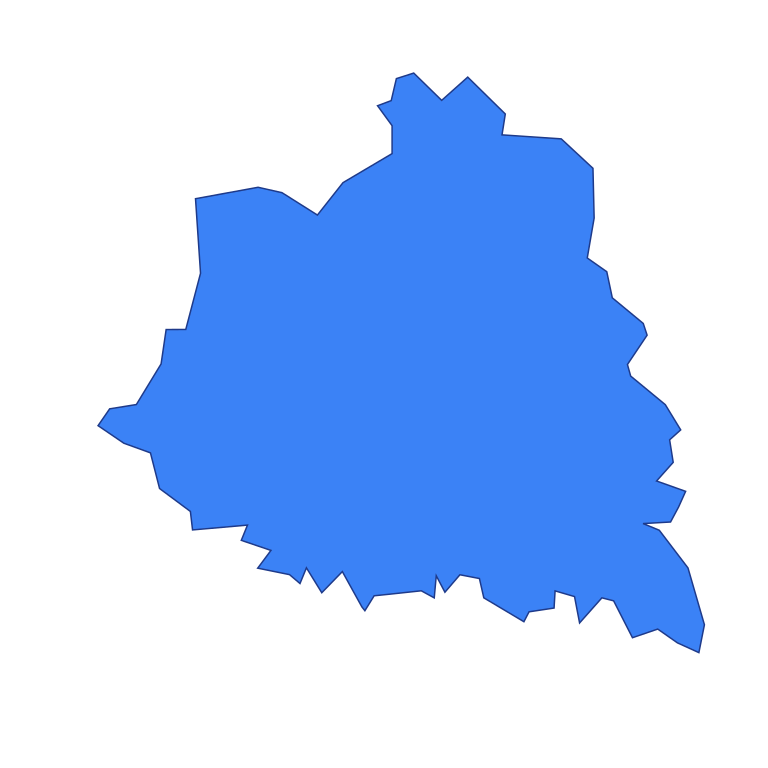 outline of Laurel, Kentucky, United States of America, rotated 263°
{"feature_id": "52423323B31259142066888", "entity_name": "Laurel", "entity_type": "district", "adm_level": 2, "iso_a3": "USA", "parent_name": "United States of America", "parent_adm1": "Kentucky", "projection": "robinson", "projection_center": [-84.158, 37.138], "detail": "fine", "context": "isolated", "style": "filled", "palette": "blue", "viewbox_px": 768, "rotation_deg": 263, "n_neighbors": 0, "source": "geoboundaries", "source_scale": "gbopen_adm2", "svg_char_len": 1152}
<svg xmlns="http://www.w3.org/2000/svg" viewBox="0 0 768 768"><g transform="rotate(263 384 384)"><path d="M412.5,648.7L441.7,621.1L468.3,618.8L484.3,601.1L523.1,612.8L572.6,617.7L605.7,589.8L616.9,531.5L637.2,537.3L678.4,504.5L658.5,475.8L689.0,451.4L685.6,433.5L664.4,425.7L661.0,411.5L639.4,423.5L611.7,420.1L588.9,367.9L559.8,338.5L586.3,306.1L594.6,283.0L590.9,219.5L516.3,215.4L462.3,193.9L464.6,174.4L431.1,165.2L393.8,135.7L392.8,108.7L377.5,95.1L356.9,118.6L344.1,143.8L307.6,148.5L281.1,176.3L262.5,176.2L260.6,231.3L246.2,223.3L232.6,251.5L216.6,236.2L206.3,267.0L196.2,276.3L211.0,284.6L184.4,296.8L202.9,319.8L165.4,334.9L161.3,337.4L175.0,348.4L174.7,363.4L174.2,395.8L165.6,407.8L187.3,412.5L169.9,419.1L185.4,436.1L179.3,455.0L159.6,457.0L131.0,493.9L140.2,500.2L140.9,525.5L157.8,528.6L149.8,547.2L123.0,549.0L145.2,574.2L140.8,585.5L101.9,599.7L107.4,625.8L91.3,643.7L79.0,663.8L106.0,672.7L164.4,663.3L205.3,639.4L213.9,624.1L212.1,651.6L226.0,661.4L240.7,670.3L254.5,642.7L271.0,661.5L293.8,660.7L302.3,672.9L329.2,660.7L361.8,629.8L373.7,628.0L400.4,651.1L412.5,648.7Z" fill="#3b82f6" stroke="#1e3a8a" stroke-width="1.5"/></g></svg>